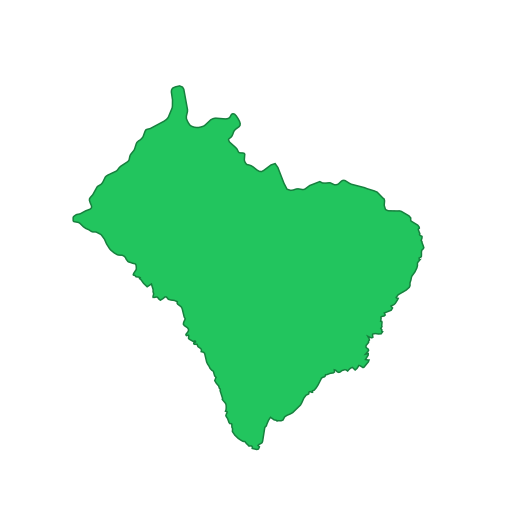 the border of Bamingui-Bangoran, rotated 253°
{"feature_id": "CAF-806", "entity_name": "Bamingui-Bangoran", "entity_type": "Prefecture", "adm_level": 1, "iso_a3": "CAF", "parent_name": "Central African Republic", "parent_adm1": "", "projection": "robinson", "projection_center": [20.535, 8.397], "detail": "fine", "context": "isolated", "style": "filled", "palette": "green", "viewbox_px": 512, "rotation_deg": 253, "n_neighbors": 0, "source": "natural_earth", "source_scale": "10m", "svg_char_len": 6118}
<svg xmlns="http://www.w3.org/2000/svg" viewBox="0 0 512 512"><g transform="rotate(253 256 256)"><path d="M273.9,133.1L275.1,133.9L278.2,137.6L280.5,138.3L282.2,138.6L283.2,138.5L283.8,138.2L285.3,135.6L286.0,134.8L287.6,132.4L288.2,131.9L290.9,130.9L292.6,130.7L293.5,130.3L294.1,130.0L295.3,128.9L296.0,128.0L296.8,125.5L297.4,124.3L298.0,123.5L300.4,121.3L304.0,118.9L305.8,118.1L311.3,116.6L316.4,116.0L321.3,114.3L322.2,113.7L325.6,110.2L325.9,109.6L326.7,107.1L327.1,106.4L327.8,105.6L330.0,103.8L332.1,101.3L334.4,99.5L338.7,97.2L340.0,96.0L342.1,92.0L342.6,91.6L343.2,91.5L345.7,92.2L346.6,92.6L347.2,93.5L348.0,95.9L348.1,96.8L347.8,99.2L347.8,100.5L349.0,106.3L349.3,111.1L349.7,112.0L350.2,112.7L351.2,113.2L352.7,113.3L355.4,113.0L358.1,113.0L359.5,113.6L360.5,114.8L362.3,117.8L368.4,124.1L368.9,124.9L369.8,128.7L370.6,130.1L371.7,131.4L375.5,134.9L376.2,136.2L376.8,138.4L377.9,146.3L378.2,147.7L378.9,148.9L380.6,151.2L381.4,152.9L383.6,160.5L384.2,161.8L385.1,162.8L387.9,164.3L389.2,165.2L390.2,166.4L392.8,170.3L394.4,171.6L398.2,174.2L399.4,175.3L400.4,177.3L400.8,179.0L401.7,180.9L403.0,182.8L407.9,186.5L408.9,187.7L409.0,188.8L408.8,192.1L411.8,207.5L412.8,210.4L414.2,212.6L422.1,219.1L423.8,219.9L429.7,221.8L437.6,223.0L439.3,223.7L440.4,224.7L441.0,225.7L441.3,228.5L441.0,232.7L439.0,235.1L436.6,235.7L416.0,233.3L414.2,232.7L410.1,230.3L407.8,229.6L405.4,229.8L403.2,230.2L400.4,231.1L399.6,231.7L398.6,232.7L397.3,234.5L396.4,236.4L395.7,238.5L395.5,240.7L395.5,243.7L395.7,244.6L396.2,245.9L399.5,252.6L399.9,255.1L399.8,256.7L399.6,257.8L396.0,266.9L395.7,268.6L395.7,269.9L396.1,271.2L396.9,272.2L398.3,273.6L398.8,274.5L398.8,275.6L397.9,277.0L395.7,278.1L392.6,279.0L389.7,279.6L387.3,279.6L385.6,278.9L384.6,277.6L383.3,273.9L382.5,272.3L381.5,271.1L379.0,269.2L377.8,268.1L377.0,267.0L376.0,264.4L375.5,263.8L374.6,263.7L372.7,264.0L365.6,268.3L363.8,269.1L360.7,269.6L359.9,270.0L359.3,270.9L358.3,273.7L357.5,274.8L356.6,275.0L351.5,273.0L350.0,272.8L348.3,273.1L346.3,273.8L344.9,276.2L343.8,277.7L341.9,279.4L337.9,282.1L336.0,283.9L335.1,286.0L335.6,288.5L338.7,297.0L338.8,301.3L334.2,302.8L317.4,304.0L310.8,305.2L308.6,308.4L308.2,311.0L308.3,313.2L308.2,314.9L307.8,316.2L305.9,320.0L305.6,321.4L305.8,322.7L307.7,328.0L308.5,338.8L306.4,340.9L305.4,343.7L304.6,347.5L304.2,348.5L301.2,351.8L300.7,353.3L300.6,355.0L300.9,356.1L302.5,359.3L302.8,360.2L302.9,361.4L302.6,362.3L302.0,363.3L298.1,366.7L296.8,368.1L289.6,379.8L287.9,381.9L283.5,388.4L282.9,389.0L281.7,390.5L274.3,394.3L273.1,395.2L271.3,395.1L270.2,394.7L267.7,393.7L266.7,393.4L263.0,393.4L261.8,394.1L260.5,395.9L257.7,404.5L257.2,406.4L256.2,408.0L249.7,414.0L247.2,415.1L245.0,414.4L244.4,414.4L243.4,415.1L238.2,419.7L236.3,420.4L235.6,420.5L234.8,420.3L234.4,419.2L233.8,418.9L230.4,419.1L229.8,419.3L228.6,418.6L227.6,419.1L226.2,420.5L224.7,420.0L222.4,418.4L221.5,418.9L219.8,418.7L217.2,418.9L214.8,418.9L213.7,417.6L213.0,416.1L211.2,415.3L209.1,414.7L207.2,414.0L206.7,413.3L206.4,411.4L205.0,411.1L204.3,411.1L204.3,411.4L202.4,408.6L201.7,408.2L199.6,407.6L197.5,406.3L194.2,403.2L191.2,399.2L190.0,398.3L187.7,397.1L185.3,395.4L182.6,394.6L181.2,393.4L179.5,389.7L177.4,380.7L175.4,377.9L174.9,377.9L174.5,378.4L173.9,379.6L172.7,378.5L170.2,375.6L169.6,374.6L169.1,373.4L168.7,370.5L168.1,370.5L166.4,371.4L164.6,369.4L164.0,362.0L161.8,362.3L161.2,361.1L161.4,358.6L161.0,357.5L159.8,357.4L157.2,356.1L156.8,357.1L156.0,357.2L152.7,355.9L151.6,355.8L150.2,354.1L148.9,354.8L147.3,354.3L146.6,355.0L145.0,352.9L145.6,350.3L146.9,347.6L147.3,345.1L146.7,344.4L144.1,344.0L143.9,342.8L144.6,341.6L146.6,339.4L143.7,340.0L142.5,339.9L141.5,338.6L140.4,338.4L138.3,335.2L136.8,334.5L135.9,334.8L134.1,336.1L132.9,336.1L132.3,335.5L130.1,332.0L129.9,334.8L128.4,334.3L125.0,330.4L123.8,332.7L123.5,333.7L121.9,332.5L118.1,326.8L118.0,325.7L120.7,323.4L121.3,322.2L120.5,321.6L118.9,319.6L118.0,317.5L121.3,315.6L121.1,313.6L120.1,311.4L119.2,310.0L120.7,308.9L121.3,307.7L121.3,304.6L120.7,303.2L120.4,302.1L120.6,300.9L121.4,299.9L123.5,298.8L124.3,297.6L122.2,297.2L121.6,295.8L122.1,292.6L121.8,288.9L122.1,287.8L120.7,286.8L120.4,285.8L120.5,284.5L120.0,282.9L114.5,277.6L112.3,275.0L110.7,272.5L110.6,270.6L109.1,270.2L109.3,269.5L110.2,268.5L110.6,267.4L110.1,266.7L108.8,266.2L108.5,265.3L108.4,263.7L108.2,263.1L106.1,260.2L102.2,256.8L100.5,255.0L95.5,245.3L94.9,242.4L94.6,239.2L93.8,236.4L91.2,233.8L91.1,231.8L92.2,228.5L92.0,227.9L93.0,227.3L94.0,225.4L97.5,222.7L95.3,220.0L92.1,217.3L90.5,216.2L89.5,214.3L77.0,208.2L75.7,207.2L75.2,205.6L74.9,203.6L74.2,202.5L72.5,203.5L70.7,201.9L70.7,200.2L73.1,196.1L74.1,196.6L75.0,196.6L75.8,196.0L76.3,193.7L76.9,193.3L77.7,193.1L79.4,192.0L81.5,191.3L81.9,190.9L82.2,190.0L82.8,189.1L84.4,187.6L86.7,185.7L90.8,183.4L95.0,182.1L97.8,183.1L99.4,182.9L102.2,183.7L102.8,183.5L103.3,182.1L104.6,181.5L108.9,181.3L111.1,180.6L112.1,180.5L113.4,181.3L114.5,182.4L115.5,182.8L116.5,181.4L117.7,182.4L119.5,183.1L121.5,183.7L123.3,183.9L124.7,183.5L128.7,181.8L129.7,182.4L137.7,182.3L138.7,182.8L139.2,182.9L140.2,182.3L142.6,182.3L145.7,180.9L148.9,180.1L151.7,182.3L153.4,181.4L158.0,181.5L159.0,181.0L159.5,180.4L162.0,179.2L164.2,178.9L166.9,178.1L169.1,177.8L177.9,178.4L179.3,177.7L180.6,175.6L182.1,176.4L183.6,176.1L186.3,174.0L188.8,173.8L189.5,171.5L189.9,171.0L190.3,170.8L191.1,171.2L191.4,173.0L192.1,173.2L192.7,172.7L192.5,171.4L192.8,170.8L195.9,167.9L196.8,167.4L197.6,167.6L199.1,168.3L200.0,168.3L200.2,166.2L201.1,165.9L201.9,166.5L202.8,167.9L204.0,169.4L205.8,170.0L207.4,169.5L210.4,167.1L211.9,166.6L213.0,167.0L214.2,167.8L216.6,170.0L218.7,169.5L227.3,170.0L229.3,169.6L232.9,167.0L234.0,166.8L235.3,167.4L237.4,164.9L238.7,161.9L240.2,159.5L242.9,158.4L243.5,157.2L242.4,154.4L241.7,151.6L243.6,150.3L244.9,150.0L245.7,149.3L246.0,148.2L246.1,146.7L246.5,145.5L247.5,145.7L249.7,147.1L251.9,147.1L253.6,147.7L254.4,147.8L259.8,147.8L258.4,142.9L262.7,140.5L267.4,138.9L268.4,138.0L269.2,138.9L270.1,137.7L271.2,135.2L272.8,134.5L273.5,133.3L273.9,133.1Z" fill="#22c55e" stroke="#15803d" stroke-width="1.5"/></g></svg>